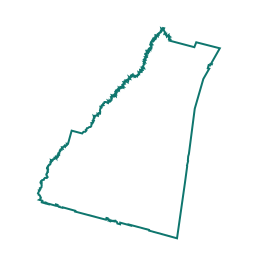 Edward River, New South Wales, Australia, rotated 97°
{"feature_id": "25037944B16722839752740", "entity_name": "Edward River", "entity_type": "district", "adm_level": 2, "iso_a3": "AUS", "parent_name": "Australia", "parent_adm1": "New South Wales", "projection": "natural_earth1", "projection_center": [144.82, -35.234], "detail": "fine", "context": "isolated", "style": "outline", "palette": "teal", "viewbox_px": 256, "rotation_deg": 97, "n_neighbors": 0, "source": "geoboundaries", "source_scale": "gbopen_adm2", "svg_char_len": 5852}
<svg xmlns="http://www.w3.org/2000/svg" viewBox="0 0 256 256"><g transform="rotate(97 128 128)"><path d="M214.7,183.1L216.6,170.2L217.4,170.3L221.7,138.7L219.9,138.4L220.0,137.2L220.9,137.0L220.9,136.2L222.0,136.1L221.7,135.5L222.4,135.1L222.1,134.7L222.6,134.2L221.8,133.7L222.4,133.1L222.3,132.1L221.9,131.7L222.4,130.5L222.4,130.2L221.8,130.3L221.6,129.4L222.0,129.2L221.8,128.9L222.2,128.6L222.7,127.5L224.1,126.9L224.5,124.1L222.9,124.2L224.4,114.1L223.8,114.6L226.6,94.6L227.3,94.5L231.5,65.9L175.4,64.8L158.5,64.6L158.2,64.9L153.4,64.3L153.1,64.6L148.8,64.8L146.4,64.4L100.7,64.1L70.1,59.2L59.2,54.6L59.0,56.1L55.7,55.6L55.9,54.3L54.5,54.1L54.7,52.6L54.4,52.5L54.3,53.5L37.7,46.6L34.6,70.7L39.7,72.0L36.3,96.8L36.1,96.6L35.7,97.4L34.9,96.8L34.5,97.9L35.2,97.7L35.1,98.2L33.9,98.0L33.6,98.3L33.3,98.0L32.8,98.6L33.1,97.9L32.6,97.8L32.5,98.5L32.3,97.8L32.0,98.4L31.5,98.4L31.3,99.1L30.7,99.1L31.1,99.6L31.8,99.3L31.6,99.9L32.5,100.6L31.7,100.9L30.9,101.9L29.8,101.7L30.0,102.5L29.3,102.6L29.7,103.2L29.1,103.1L28.8,102.7L26.9,104.2L25.7,104.6L24.6,104.3L24.5,105.4L26.0,105.5L25.2,107.1L27.2,106.4L27.4,107.1L28.2,106.7L29.0,107.1L29.2,107.4L28.9,107.7L29.8,108.6L30.2,108.5L30.4,109.0L31.6,108.9L31.4,109.8L33.1,109.6L32.5,110.7L32.5,111.2L33.3,110.4L33.4,111.3L34.0,111.1L34.4,111.7L34.4,111.1L35.2,111.1L35.4,111.3L34.9,111.8L36.4,111.6L36.5,112.2L37.0,112.4L36.5,112.9L36.6,113.6L37.1,113.6L36.7,114.1L38.1,114.7L38.2,113.5L38.6,113.3L39.2,113.8L38.8,114.3L40.0,115.7L40.9,115.8L40.9,114.6L41.1,115.6L41.4,115.7L41.3,115.2L42.0,114.4L42.1,115.4L42.5,115.7L42.8,115.6L42.5,115.1L43.0,115.2L43.2,114.7L43.7,114.5L44.0,114.6L43.8,115.3L45.3,114.4L46.1,114.5L45.8,115.4L46.1,116.0L46.9,115.4L47.8,115.3L47.5,115.9L46.4,116.5L46.9,117.0L47.9,116.7L48.4,117.7L49.0,116.6L49.4,116.5L49.2,117.4L49.7,118.1L50.3,117.2L51.0,117.2L50.3,118.5L51.1,118.1L51.9,118.7L52.0,119.7L52.3,119.9L52.6,119.7L52.5,118.7L53.1,118.2L53.4,119.3L54.6,118.2L55.3,119.5L55.7,118.6L56.1,119.4L57.2,118.9L57.5,119.2L57.4,120.0L58.3,120.7L58.7,120.3L58.9,119.1L60.1,120.2L60.6,119.9L60.1,119.6L60.9,119.1L60.8,119.9L61.1,119.6L61.9,120.3L62.6,119.7L62.8,120.1L64.2,120.2L65.0,120.9L66.1,119.9L66.3,121.2L67.0,120.1L67.1,121.0L67.7,121.5L68.8,120.6L69.1,121.6L68.9,123.0L70.3,122.6L70.2,122.3L69.4,122.3L69.7,121.3L70.1,121.3L70.1,122.1L70.7,121.8L70.7,122.6L71.7,122.2L71.3,122.6L71.8,123.3L71.4,124.3L73.0,123.7L72.8,124.7L73.3,124.0L73.7,124.5L74.2,124.4L74.3,124.9L75.8,125.2L75.6,126.0L75.1,126.2L75.4,127.1L76.2,127.2L76.0,127.6L76.4,128.0L75.1,128.6L75.2,129.3L74.2,129.8L74.4,130.0L74.9,129.5L75.2,130.3L75.9,129.9L76.4,130.4L76.4,130.8L75.3,131.2L75.5,131.5L76.2,131.2L76.0,132.2L76.5,131.4L77.4,131.4L78.0,131.9L77.5,132.8L78.0,132.5L78.5,132.9L79.0,132.4L78.9,133.4L80.7,133.5L79.9,134.1L80.2,134.6L80.9,134.4L81.4,134.9L81.3,135.3L80.7,134.7L81.0,136.2L82.1,135.3L81.8,136.1L82.1,136.9L82.6,136.5L83.0,137.4L83.6,136.2L83.4,137.5L84.5,136.6L85.1,138.2L85.7,138.8L86.7,137.8L87.1,138.1L87.5,137.6L87.5,138.4L88.3,138.0L88.1,138.6L88.7,139.2L87.9,139.6L88.1,139.9L88.4,139.7L88.3,140.2L89.1,140.4L88.7,140.9L89.6,141.2L89.1,142.1L90.4,141.8L90.1,142.3L90.6,142.8L91.5,142.3L91.3,142.8L91.5,143.2L92.1,143.0L91.8,143.9L92.2,144.6L92.6,144.5L92.6,143.9L92.9,143.8L93.3,144.5L93.8,143.9L94.1,144.7L94.9,144.1L95.2,144.9L95.6,145.1L95.7,144.3L96.3,143.9L96.5,144.8L96.8,144.2L97.7,144.0L97.3,144.6L97.9,144.7L98.5,145.6L97.9,146.2L98.5,146.8L98.1,147.2L97.8,146.6L97.2,146.6L97.7,146.8L97.5,148.0L98.5,147.4L99.3,148.7L100.5,147.8L100.8,148.2L102.0,147.7L102.6,148.5L103.5,148.5L103.9,149.0L103.2,149.7L103.9,149.7L103.6,150.6L104.1,150.2L104.7,151.2L105.1,150.6L105.7,150.8L104.9,153.0L105.1,154.5L106.5,154.8L106.8,155.6L107.8,155.7L108.2,156.2L108.6,155.5L109.2,156.9L110.5,156.7L110.4,157.9L111.7,157.4L112.1,157.8L114.2,158.0L114.9,157.6L116.8,157.5L116.5,158.2L116.7,158.8L117.1,159.1L117.5,158.7L117.9,158.8L117.6,160.0L119.5,159.5L119.2,160.8L119.7,161.3L120.0,162.7L120.8,162.2L121.3,162.4L120.7,163.3L122.3,162.7L122.7,163.3L123.6,163.2L124.4,163.6L124.3,163.0L124.6,162.8L125.1,163.6L125.6,163.6L126.0,163.1L127.6,163.8L127.3,164.4L127.5,164.8L128.0,164.2L128.7,164.7L130.6,164.7L131.5,165.3L131.9,166.7L133.2,168.1L133.3,168.8L134.5,169.1L135.0,169.6L135.6,169.0L136.9,169.9L137.2,171.7L139.0,172.8L137.5,183.6L150.9,185.6L151.0,186.6L151.6,186.1L152.5,186.6L152.7,187.4L153.1,187.4L153.0,188.4L154.2,188.3L153.9,188.9L154.3,189.2L154.2,189.7L155.2,190.3L155.2,191.1L156.1,190.6L155.9,191.2L156.8,191.2L157.3,192.0L157.8,191.5L158.5,192.9L159.3,193.0L159.6,192.6L160.9,193.5L161.2,193.3L161.4,193.8L162.2,193.4L162.3,193.9L162.7,193.7L163.1,194.2L163.6,193.6L163.7,193.9L165.0,194.1L164.8,194.7L165.5,194.8L165.3,195.3L165.8,195.2L165.6,195.9L166.4,195.7L166.0,196.1L166.5,196.3L166.2,196.7L166.4,197.4L167.7,197.3L168.4,198.8L169.1,198.8L169.1,199.3L169.7,199.4L169.3,200.5L170.6,200.0L170.9,200.3L170.6,200.7L171.0,200.9L171.7,200.4L171.9,200.8L173.4,200.7L174.1,201.3L174.1,201.9L175.8,202.9L176.1,202.6L176.6,203.0L177.3,202.7L177.5,203.5L178.1,203.5L179.1,202.3L179.8,202.6L180.4,202.2L180.9,202.5L181.5,202.2L181.9,202.8L183.1,202.8L183.7,203.4L184.4,203.4L186.5,201.8L187.5,202.5L187.5,204.0L187.9,204.6L188.9,205.2L189.6,205.2L190.3,207.0L191.0,207.2L191.2,207.8L192.0,208.1L193.0,208.2L193.4,207.8L193.0,207.0L193.7,206.9L194.1,207.3L195.1,206.7L197.5,206.7L198.0,207.1L198.4,208.0L199.3,207.6L199.7,208.2L200.6,208.0L200.8,208.8L201.3,208.5L203.8,209.4L204.4,208.7L205.1,208.6L205.5,207.5L207.1,206.4L207.8,206.4L208.0,206.0L209.3,206.4L210.1,207.4L210.6,204.2L212.3,204.5L212.5,203.4L212.0,203.2L212.2,201.9L212.7,202.0L212.9,200.9L212.0,200.7L212.2,199.7L213.0,199.9L213.4,197.2L212.9,197.2L213.9,190.5L212.6,190.3L212.9,188.6L214.0,188.8L214.3,186.6L214.7,186.7L215.2,183.2L214.7,183.1Z" fill="none" stroke="#0f766e" stroke-width="2"/></g></svg>